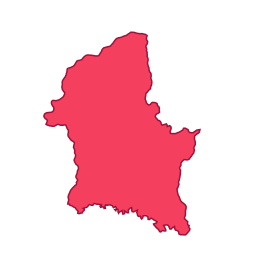 outline of Irituia, Pará, Brazil, rotated 194°
{"feature_id": "56859067B38485499919925", "entity_name": "Irituia", "entity_type": "district", "adm_level": 2, "iso_a3": "BRA", "parent_name": "Brazil", "parent_adm1": "Pará", "projection": "orthographic", "projection_center": [-47.41, -1.836], "detail": "fine", "context": "isolated", "style": "filled", "palette": "rose", "viewbox_px": 256, "rotation_deg": 194, "n_neighbors": 0, "source": "geoboundaries", "source_scale": "gbopen_adm2", "svg_char_len": 5477}
<svg xmlns="http://www.w3.org/2000/svg" viewBox="0 0 256 256"><g transform="rotate(194 128 128)"><path d="M168.1,39.7L166.4,39.9L165.6,38.9L164.3,38.9L163.0,38.9L162.1,38.3L160.8,38.0L159.6,37.7L158.7,36.7L157.3,35.8L156.1,34.8L156.2,33.1L154.8,33.0L153.5,33.8L151.9,34.5L151.6,36.1L150.6,37.4L150.7,38.7L152.0,39.2L150.2,40.4L148.9,41.0L148.0,42.2L147.7,43.6L146.5,44.4L145.2,44.2L143.5,44.4L142.6,46.6L140.1,46.5L138.2,46.8L136.8,47.0L135.2,47.2L135.3,46.1L136.2,45.4L135.4,44.4L133.8,45.3L132.5,45.3L131.7,44.1L130.5,44.6L131.4,46.5L131.0,48.1L129.7,47.8L128.3,48.6L126.7,49.1L124.5,48.8L122.8,47.2L122.0,48.0L121.1,48.8L120.0,47.8L119.6,46.5L117.9,46.5L117.5,44.4L116.5,43.0L116.0,44.4L115.1,45.1L113.7,46.4L113.2,45.2L112.1,43.2L110.6,44.1L110.7,45.4L111.4,46.8L109.7,46.2L108.2,45.6L107.0,45.9L107.5,47.3L107.9,48.8L107.0,49.8L106.5,50.8L105.3,51.6L104.8,50.5L104.6,49.0L103.7,47.8L102.2,48.0L101.3,48.8L100.2,49.7L98.9,50.6L98.9,49.4L99.1,48.2L98.2,46.9L97.5,45.3L96.4,44.8L94.4,45.4L93.7,43.7L92.7,43.0L92.0,44.4L92.0,46.5L90.5,46.9L89.0,47.3L87.4,46.7L86.7,45.4L86.4,44.2L85.1,44.3L83.8,46.1L81.8,45.6L80.4,44.9L78.9,44.7L77.1,44.0L77.4,42.9L78.6,42.0L80.0,41.0L79.0,39.9L77.9,39.3L76.9,38.5L75.9,37.9L74.6,37.3L73.1,36.2L72.3,35.1L71.1,35.1L69.9,36.8L67.7,36.9L66.5,37.3L66.8,38.5L68.1,40.2L69.9,42.1L67.8,43.1L66.1,43.4L65.0,42.9L63.0,40.2L61.8,40.3L60.6,42.3L59.0,43.7L58.4,41.8L57.3,40.4L55.5,40.4L54.0,39.8L52.9,37.5L51.4,37.1L49.9,37.5L48.3,37.8L46.4,38.2L45.4,39.7L43.5,43.6L43.5,45.1L45.2,46.5L45.0,48.1L46.7,48.6L47.2,50.1L47.4,51.6L48.7,52.2L51.3,53.8L51.5,55.2L51.2,57.0L51.4,58.3L52.2,61.5L52.2,63.9L52.6,65.9L54.0,67.4L56.1,68.4L57.4,68.9L59.5,70.3L61.6,73.5L63.0,74.9L64.6,77.9L65.8,81.0L65.2,82.3L65.2,83.7L64.9,85.7L65.9,87.4L65.9,88.6L65.7,89.8L65.8,91.2L65.8,92.6L66.0,94.5L66.0,95.7L66.5,97.7L66.7,99.5L67.9,101.0L68.3,102.1L67.6,104.7L67.9,105.8L68.2,107.0L67.6,108.0L67.2,109.1L65.9,110.9L62.6,111.4L61.2,112.5L60.5,114.2L59.7,115.9L59.1,117.8L58.2,119.5L58.3,121.2L58.1,122.5L58.9,123.6L59.4,125.2L58.7,128.1L59.2,130.4L60.7,133.1L61.1,134.2L61.4,136.3L60.1,138.4L58.7,139.7L57.8,141.2L57.8,143.9L59.7,143.1L61.0,142.4L61.7,141.5L62.6,140.6L63.6,139.3L64.9,138.8L66.4,138.6L67.6,138.8L68.6,139.6L69.2,140.9L70.5,141.2L72.3,141.7L74.0,141.2L74.4,139.4L75.2,138.5L76.3,137.3L77.6,136.1L78.7,135.5L80.0,134.5L81.0,133.9L82.2,133.7L83.7,133.2L85.6,133.1L86.0,134.3L86.5,135.3L86.1,136.4L86.0,137.8L86.5,139.4L88.1,140.4L89.1,139.7L90.3,138.9L90.7,140.2L91.7,141.3L93.4,140.3L95.5,139.0L96.9,140.1L97.3,141.3L98.1,142.1L99.4,142.8L100.5,142.6L101.7,143.5L102.7,144.3L103.7,144.9L104.5,146.2L103.7,148.6L102.2,149.6L101.2,151.0L101.9,152.5L102.4,155.0L103.1,156.0L104.2,156.5L105.1,157.4L105.5,158.5L106.9,159.1L108.0,159.2L110.7,158.7L111.4,157.7L111.9,156.4L112.9,155.6L114.4,155.5L115.3,156.2L116.2,156.9L117.3,158.8L118.1,159.9L118.6,161.2L118.6,162.9L118.8,164.7L118.8,166.4L117.9,167.5L117.3,169.1L116.5,170.4L115.7,171.4L115.9,173.4L115.7,175.4L115.7,176.7L116.0,178.5L116.5,179.6L117.2,180.7L118.0,181.9L118.0,183.2L118.3,184.8L119.0,186.6L120.2,187.4L121.2,188.7L121.9,190.2L122.3,191.5L123.4,192.9L124.6,195.3L124.9,196.5L124.9,198.4L125.2,199.7L126.0,201.1L126.8,202.1L126.9,203.4L127.6,204.8L127.7,206.1L128.8,207.3L128.8,208.7L129.5,210.1L130.2,211.1L130.5,212.4L129.8,213.8L129.7,215.2L129.8,216.5L130.6,217.4L131.7,218.7L131.9,220.4L131.8,222.3L133.6,223.0L137.1,223.0L138.9,222.5L140.7,222.2L142.9,222.1L144.7,222.3L146.7,222.0L148.5,221.6L149.5,220.3L150.8,219.0L152.0,217.4L153.4,216.7L155.0,215.6L156.3,214.5L157.7,213.8L158.9,213.3L160.5,212.2L161.4,211.0L162.4,208.7L162.9,207.2L165.0,203.1L166.8,202.2L170.8,200.0L171.7,198.7L172.2,197.4L172.3,195.8L172.9,194.2L173.9,191.1L175.2,190.5L176.6,190.1L180.8,189.8L182.4,189.5L184.8,189.1L186.2,188.4L187.2,187.3L188.0,186.2L188.7,184.9L189.2,183.5L190.2,182.6L191.4,181.9L192.8,181.4L193.8,180.6L194.2,179.4L194.6,178.0L194.9,176.9L195.7,175.0L197.1,173.8L198.0,173.0L200.2,171.7L201.1,171.0L201.2,169.7L200.8,167.3L201.0,165.9L200.9,164.6L201.4,162.2L202.0,160.9L202.5,159.5L202.9,158.3L203.0,157.2L202.8,155.9L202.3,154.7L202.1,151.8L201.0,149.5L199.2,147.8L198.0,147.1L197.8,145.9L197.9,144.6L198.2,143.1L198.7,142.1L200.5,139.9L201.4,138.9L202.6,138.1L203.9,137.4L205.0,136.9L206.4,136.9L207.6,136.6L208.5,135.4L208.5,134.2L208.1,133.1L207.4,132.1L206.3,131.0L205.3,130.3L204.7,129.1L204.4,127.9L204.6,126.6L205.2,125.5L206.4,124.6L208.4,124.0L210.2,123.3L211.4,122.5L212.3,121.5L212.5,120.3L212.5,119.1L211.6,117.9L210.7,117.2L209.4,116.7L208.1,115.9L208.0,114.7L208.2,113.2L208.5,111.8L207.4,111.4L204.8,111.2L201.9,111.4L200.6,111.7L199.5,112.3L198.5,113.3L197.4,114.3L195.9,114.7L194.3,114.3L191.6,115.0L190.3,115.8L188.9,115.6L188.2,114.5L186.6,112.4L185.6,111.7L185.1,110.6L184.8,109.3L184.8,107.9L184.5,106.5L183.9,105.4L180.8,102.8L179.8,102.2L178.1,101.7L176.5,100.9L176.3,99.8L176.4,97.9L176.2,96.0L175.3,95.0L174.6,93.9L174.0,92.8L173.9,91.2L173.0,90.1L172.2,88.9L172.1,87.4L172.2,86.0L172.6,84.7L172.4,83.5L171.7,82.4L170.0,80.5L169.1,79.9L167.8,79.4L166.9,78.4L166.4,77.1L166.2,75.7L166.7,74.6L166.6,73.2L166.4,71.9L166.6,70.6L166.8,69.5L166.8,68.3L166.3,67.2L164.2,65.4L164.5,64.1L165.0,62.6L164.4,61.6L164.5,60.4L165.4,59.6L166.1,58.4L167.5,56.0L168.0,54.9L168.6,53.6L169.1,50.5L169.4,48.8L169.5,47.2L169.2,46.0L168.1,43.8L168.1,42.7L168.2,41.4L168.1,39.7ZM119.6,46.5L121.1,45.6L119.8,44.8L119.6,46.5Z" fill="#f43f5e" stroke="#9f1239" stroke-width="1.5"/></g></svg>